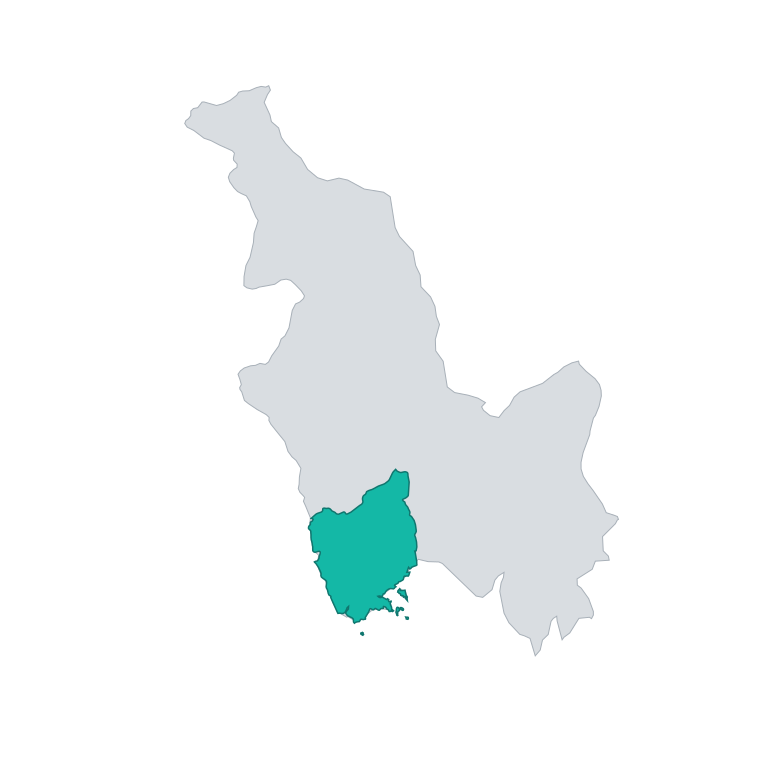 P'yŏngan-bukto on a map of North Korea (orthographic projection), rotated 289°
{"feature_id": "PRK-3312", "entity_name": "P'yŏngan-bukto", "entity_type": "Province", "adm_level": 1, "iso_a3": "PRK", "parent_name": "North Korea", "parent_adm1": "", "projection": "orthographic", "projection_center": [125.079, 40.04], "detail": "fine", "context": "in_parent", "style": "filled", "palette": "teal", "viewbox_px": 768, "rotation_deg": 289, "n_neighbors": 0, "source": "natural_earth", "source_scale": "10m", "svg_char_len": 8555}
<svg xmlns="http://www.w3.org/2000/svg" viewBox="0 0 768 768"><g transform="rotate(289 384 384)"><path d="M469.0,560.5L466.3,562.2L461.8,570.9L457.7,581.9L453.6,587.9L448.7,591.3L443.4,593.4L432.8,594.6L423.2,594.1L420.0,593.1L406.8,594.1L403.1,595.0L384.0,594.6L374.1,595.8L367.8,598.0L361.5,602.6L356.1,609.3L351.3,616.5L341.6,629.6L334.7,636.0L334.8,645.0L334.7,647.8L332.3,649.8L331.4,648.9L327.3,648.3L310.9,640.3L297.6,645.6L294.3,652.2L290.7,654.3L285.3,641.5L276.6,641.2L262.6,630.0L256.7,632.3L255.2,636.9L247.7,647.4L237.1,656.0L233.7,657.2L229.7,656.6L230.3,654.2L225.9,644.6L209.1,640.7L203.1,636.6L200.1,635.7L216.4,624.8L220.7,622.9L217.5,620.4L214.0,619.2L200.6,620.8L193.5,617.2L183.3,618.3L176.2,615.5L191.0,604.9L191.6,598.7L191.5,593.9L198.9,579.9L206.4,572.1L225.6,561.0L234.0,559.5L240.1,559.9L245.0,558.8L239.8,554.6L234.7,552.7L224.7,553.1L214.4,546.8L213.5,540.1L233.3,497.6L233.6,493.8L230.4,483.5L229.4,473.4L215.2,467.7L208.9,467.0L190.8,455.6L183.5,449.9L180.7,451.6L180.1,460.6L177.5,462.6L172.8,464.4L170.4,454.0L166.5,446.5L154.6,438.8L150.3,434.5L152.4,425.5L151.4,424.7L153.4,414.5L160.8,406.7L178.9,392.8L183.5,386.2L192.6,378.5L196.7,378.7L200.9,378.0L202.2,374.7L203.2,372.0L206.8,369.6L215.6,365.4L225.5,359.7L233.4,358.1L243.0,349.7L246.9,346.0L250.9,345.9L252.0,344.2L254.2,339.8L257.2,337.0L261.5,336.4L268.5,334.3L277.2,332.9L283.1,325.8L285.1,320.8L289.0,315.2L297.3,309.0L302.9,300.0L309.1,290.2L312.1,287.0L315.0,286.3L316.7,282.7L318.6,272.3L321.3,262.2L323.0,257.4L330.2,252.1L332.0,249.6L333.6,248.7L337.0,249.3L341.5,246.2L345.7,242.8L349.6,243.9L353.6,246.6L357.8,252.0L359.8,256.4L363.1,260.0L363.9,265.4L367.2,267.7L374.2,268.7L385.6,272.1L393.0,272.1L397.3,274.7L406.1,275.9L423.7,273.3L430.9,274.3L434.0,277.6L438.6,280.1L441.5,280.1L445.2,275.4L449.1,267.8L451.6,262.0L451.3,257.4L448.7,252.6L442.8,248.3L438.8,241.4L434.9,234.3L432.7,232.0L430.8,228.5L430.3,223.1L431.4,219.5L440.0,216.7L451.1,214.9L460.2,216.1L475.2,214.5L484.3,212.1L491.2,212.1L497.5,211.8L500.2,208.5L508.6,200.7L512.7,197.8L517.1,192.6L517.6,187.2L518.3,182.9L520.7,178.2L525.0,172.3L528.8,169.5L533.1,169.7L537.8,172.0L540.9,174.5L544.1,173.6L546.6,169.0L548.4,168.1L553.6,167.4L555.1,164.6L556.3,151.4L557.8,141.0L557.8,133.8L561.8,121.6L562.8,114.3L565.4,110.8L568.6,110.9L571.3,112.8L574.8,113.9L579.2,112.5L582.4,114.1L584.6,117.9L591.4,120.2L592.1,122.1L592.8,135.0L596.8,140.9L602.0,146.1L609.0,150.7L612.6,151.6L615.0,155.0L617.4,161.1L622.6,166.8L625.4,171.0L626.2,175.5L628.5,177.9L624.9,180.9L619.7,179.6L611.3,179.0L601.2,188.6L595.4,192.1L591.8,201.0L583.7,206.7L579.4,212.5L574.0,222.4L570.6,231.9L562.0,241.9L557.4,254.0L557.6,264.3L564.0,274.4L565.0,283.3L561.9,301.8L565.2,321.1L563.1,328.9L535.5,343.6L528.5,350.6L518.8,368.3L506.4,375.3L498.8,382.7L488.0,387.3L481.5,399.7L474.0,406.9L465.0,411.5L458.3,417.1L442.9,418.0L432.2,422.1L424.8,432.5L401.8,444.8L398.9,453.6L400.8,467.1L401.2,477.4L399.4,486.0L394.2,483.7L391.5,486.6L388.6,494.6L389.7,503.5L397.9,506.2L404.6,509.7L413.9,511.3L420.9,515.2L436.2,533.7L448.4,541.6L451.6,544.5L458.7,548.5L465.2,554.8L469.0,560.5ZM193.7,472.5L189.2,475.4L189.0,470.2L192.4,465.8L196.0,465.2L193.7,472.5Z" fill="#d9dde1" stroke="#a8b0b8" stroke-width="1"/><path d="M233.1,361.0L233.4,360.2L233.2,359.0L233.2,358.9L238.7,362.0L239.3,362.5L240.1,363.3L242.5,366.4L243.0,366.8L243.8,367.1L244.5,367.2L245.8,366.8L246.4,366.8L246.8,367.2L247.2,367.9L247.6,370.2L247.8,370.5L248.4,371.8L248.5,372.3L248.5,372.9L248.4,373.5L248.2,374.0L248.0,374.5L247.1,376.0L247.0,376.4L246.7,379.2L246.5,379.8L245.9,381.0L245.8,381.5L245.8,382.1L245.9,382.6L246.0,383.2L246.3,383.7L249.5,387.1L249.9,387.6L250.0,388.1L249.9,388.7L249.6,389.2L249.2,389.7L248.9,390.2L248.8,390.8L249.0,391.4L249.6,392.1L252.1,394.5L261.2,400.5L262.5,401.6L263.1,402.0L263.8,402.3L265.0,402.5L265.7,402.4L266.3,402.2L267.4,401.5L268.5,401.0L269.6,400.8L270.8,400.8L271.4,400.9L272.1,401.2L273.0,401.9L273.8,402.4L274.9,402.6L275.9,402.6L276.4,402.6L277.0,403.0L278.4,404.4L280.5,407.2L285.7,412.0L289.1,416.2L290.2,417.3L293.7,419.6L295.3,420.2L302.5,421.0L304.1,421.4L307.1,422.8L306.0,424.6L305.8,425.4L305.7,426.6L305.6,427.8L305.7,428.4L305.9,429.0L307.6,431.8L307.8,432.4L308.0,433.0L308.0,433.6L308.0,434.2L307.9,434.8L307.5,435.4L306.7,435.9L304.9,436.6L299.5,439.7L287.1,443.1L286.4,443.2L285.9,443.1L285.3,442.9L284.8,442.6L283.7,441.9L283.2,441.5L281.3,439.5L280.9,439.3L280.4,439.3L279.9,439.9L279.6,440.5L279.4,441.1L279.3,441.6L279.2,442.0L278.6,442.5L277.6,443.1L276.7,444.1L275.8,445.7L275.2,446.6L273.7,447.9L272.3,449.4L271.7,449.9L271.0,450.3L268.5,450.8L268.1,451.3L268.0,451.7L267.9,452.0L267.9,452.3L267.8,452.9L267.4,453.5L264.8,456.9L261.1,459.6L256.3,462.0L255.0,462.5L253.6,462.4L252.0,462.1L251.3,462.2L250.7,462.4L249.1,463.8L245.2,466.2L240.6,468.1L236.5,468.7L236.5,468.9L236.0,467.5L234.8,468.4L226.6,472.8L224.9,473.4L224.2,473.8L223.5,474.0L222.8,473.5L220.8,470.9L220.4,470.7L219.7,469.8L218.3,469.4L217.6,468.7L218.7,466.9L213.4,466.9L213.7,467.5L214.3,469.1L214.5,469.7L211.0,469.7L210.3,469.5L210.1,468.9L210.0,468.3L209.7,467.6L209.2,466.8L209.1,466.1L208.7,465.7L207.8,465.6L206.6,465.8L205.8,465.9L204.8,465.6L204.2,465.1L202.5,463.6L202.2,463.1L201.9,462.4L201.4,462.2L200.7,462.2L200.0,462.0L197.8,459.7L197.0,459.6L196.2,461.3L195.4,460.6L194.3,460.3L193.4,459.7L192.7,456.6L191.8,455.4L190.6,454.4L189.3,453.6L188.1,453.2L186.3,452.9L185.7,452.7L185.4,451.7L183.2,451.5L182.4,450.9L182.1,448.6L181.3,447.3L180.8,448.4L180.7,449.5L181.0,450.4L181.5,451.2L181.9,452.3L181.6,453.5L181.5,454.8L181.1,455.6L181.1,456.7L182.1,457.0L181.8,458.6L180.8,458.6L179.9,459.3L180.3,460.3L181.0,461.4L180.4,461.7L178.9,461.1L177.2,462.1L175.6,463.7L173.6,464.7L172.9,466.5L172.7,466.9L171.6,466.1L171.6,465.7L171.7,465.4L172.1,464.7L171.5,464.6L171.2,464.4L171.0,464.1L170.6,463.0L172.0,461.4L172.3,459.5L173.3,458.8L173.7,457.4L173.5,456.0L172.9,455.9L172.3,456.4L171.7,456.4L171.4,455.9L170.9,454.7L170.6,454.2L169.8,453.8L169.2,453.6L168.6,453.3L168.4,452.5L168.5,451.6L168.9,450.0L169.0,449.0L168.7,448.5L167.2,447.7L166.9,446.9L167.2,444.8L167.1,444.1L166.3,443.8L163.6,443.7L156.9,442.3L156.6,442.5L156.3,442.8L156.0,443.0L155.6,443.0L155.3,442.6L155.0,441.8L154.8,441.6L154.5,441.2L154.2,439.4L154.0,438.8L153.5,438.5L151.4,438.1L150.3,436.0L149.8,435.2L149.2,434.7L148.7,434.2L148.2,433.9L149.0,432.7L150.1,432.2L151.2,431.8L152.0,431.2L152.5,429.8L153.1,424.8L154.9,422.3L157.1,422.6L159.5,423.6L162.2,422.9L160.6,422.0L157.0,421.8L155.2,421.4L153.8,420.2L153.2,418.5L152.9,416.7L152.1,415.1L153.3,413.9L164.5,403.4L164.8,403.2L165.7,403.0L166.1,402.7L166.2,402.3L166.4,401.2L166.6,400.6L167.8,399.5L171.0,397.5L172.2,396.1L173.4,395.3L177.4,394.4L178.9,393.7L179.7,392.0L180.3,389.7L181.1,387.6L182.3,386.7L184.1,386.3L185.7,385.2L189.6,381.4L192.2,377.9L192.7,376.7L193.1,376.1L193.9,376.8L194.6,377.9L194.8,378.4L195.4,378.7L196.2,379.0L198.0,379.2L200.1,378.8L201.7,378.9L203.2,378.8L204.4,378.4L204.8,377.4L204.2,376.1L203.3,374.9L202.4,373.6L202.4,372.2L203.1,371.0L205.1,370.2L206.9,369.6L208.1,368.8L210.0,367.9L211.5,367.0L213.0,365.9L215.2,364.9L217.9,364.0L219.9,363.1L221.0,362.7L221.6,362.0L222.1,361.0L222.6,359.8L223.8,359.3L225.0,359.2L226.1,359.7L227.2,360.1L228.7,359.6L229.3,359.5L229.9,359.8L230.9,360.7L231.4,360.9L233.1,361.0ZM195.4,465.5L195.0,466.2L194.0,466.6L194.8,468.8L195.9,471.0L194.2,472.0L191.9,473.4L190.2,475.4L188.7,475.6L186.8,476.6L188.3,474.0L189.3,474.5L189.9,473.3L188.8,472.2L188.9,471.8L189.8,471.6L189.9,471.2L190.1,470.7L189.7,470.4L189.7,468.6L190.9,467.9L190.9,466.4L191.8,465.6L191.7,464.7L193.2,464.5L195.4,465.5ZM176.5,471.5L175.6,472.2L174.6,472.2L173.2,471.2L170.0,472.1L169.7,472.4L169.4,472.2L169.5,471.5L170.1,471.1L170.8,470.6L172.2,469.5L172.5,469.6L173.6,469.4L175.5,468.9L176.9,469.0L177.4,469.7L177.2,470.6L176.5,471.5ZM176.6,473.3L177.1,472.5L177.9,472.3L178.2,473.0L178.2,474.1L177.9,475.2L177.4,475.8L176.3,475.8L176.0,475.3L176.3,474.5L176.1,473.9L176.6,473.3ZM139.8,444.6L140.1,444.2L140.0,443.8L140.4,443.6L140.3,443.4L140.5,443.3L140.7,443.2L141.0,443.2L141.1,443.4L141.3,443.5L141.4,444.0L141.7,444.1L141.7,444.3L141.7,444.6L142.0,444.6L141.9,444.9L141.9,445.2L141.6,445.2L141.4,445.5L141.0,445.5L140.7,445.9L140.6,446.2L140.4,446.2L139.9,445.9L139.5,445.8L139.5,445.4L139.6,444.9L139.8,444.6ZM169.3,483.2L169.1,482.3L169.1,481.5L169.8,481.2L170.7,480.4L170.8,481.2L170.9,481.4L171.1,481.7L171.2,482.9L170.2,483.4L169.8,483.4L169.3,483.2Z" fill="#14b8a6" stroke="#0f766e" stroke-width="1.5"/></g></svg>